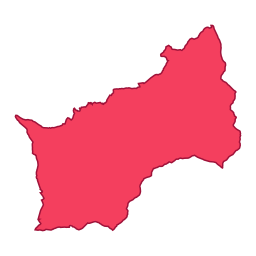 Dragoslavele, Arges, Romania
{"feature_id": "2599482B51563470344837", "entity_name": "Dragoslavele", "entity_type": "district", "adm_level": 2, "iso_a3": "ROU", "parent_name": "Romania", "parent_adm1": "Arges", "projection": "albers", "projection_center": [25.232, 45.358], "detail": "fine", "context": "isolated", "style": "filled", "palette": "rose", "viewbox_px": 256, "rotation_deg": 0, "n_neighbors": 0, "source": "geoboundaries", "source_scale": "gbopen_adm2", "svg_char_len": 5780}
<svg xmlns="http://www.w3.org/2000/svg" viewBox="0 0 256 256"><path d="M222.9,168.3L222.5,167.6L222.7,165.7L222.7,163.5L222.9,162.9L223.6,161.5L226.6,159.9L229.0,156.7L230.7,155.6L232.9,154.5L235.9,150.6L237.1,150.2L238.9,148.8L239.5,148.2L239.8,147.2L240.2,145.4L240.1,143.5L239.4,142.1L240.2,139.2L239.9,137.3L240.6,135.5L240.2,134.8L240.5,133.7L240.1,131.5L239.9,131.1L236.6,129.2L235.2,128.0L233.3,125.8L233.3,124.7L234.7,122.3L235.1,121.3L235.2,119.2L236.1,117.8L236.2,117.3L235.9,116.8L235.0,116.3L234.5,115.8L234.5,115.2L233.9,114.1L233.6,112.6L232.2,111.1L230.5,109.8L230.3,109.3L230.5,108.1L230.3,106.3L230.5,105.5L231.2,104.3L233.0,102.8L233.2,101.1L234.3,99.8L234.9,98.6L235.1,96.0L234.9,93.5L235.9,92.0L235.1,91.0L234.0,90.4L232.5,89.0L229.1,85.5L227.8,84.6L227.0,83.5L225.7,82.3L224.7,82.0L222.5,80.6L222.2,79.9L221.2,79.3L220.8,78.6L221.1,76.2L221.4,75.4L222.9,73.4L223.8,71.7L224.8,70.9L225.0,70.5L225.1,66.9L225.6,65.3L225.5,63.7L225.1,62.6L223.6,61.4L222.3,59.5L221.8,57.6L221.2,56.0L220.7,53.0L220.7,51.2L221.1,47.8L220.9,46.5L220.9,44.4L220.7,43.6L219.5,40.2L218.0,37.7L217.6,36.2L214.1,28.8L213.7,26.8L213.1,25.8L212.3,25.4L211.0,25.4L211.1,25.9L211.7,27.0L211.6,27.3L211.2,27.6L209.5,28.1L208.1,27.3L207.2,27.3L206.3,27.5L204.6,28.5L203.7,29.6L202.8,31.3L201.1,32.3L200.0,33.6L199.4,34.6L199.3,35.2L198.8,35.6L198.3,37.1L198.0,37.4L197.5,37.5L196.9,38.2L195.7,38.5L194.2,39.2L191.8,38.3L189.8,39.3L189.1,40.4L187.8,42.0L187.4,43.4L185.2,45.9L184.2,48.5L183.2,49.1L181.9,50.4L181.3,50.3L180.5,49.7L177.5,50.1L174.9,49.5L172.2,49.3L171.9,48.9L171.0,46.9L170.0,46.5L168.7,45.4L166.0,46.8L165.8,48.5L165.1,49.9L164.5,50.5L164.3,50.6L163.8,51.3L163.8,51.9L160.9,54.1L160.7,54.9L161.0,56.2L161.6,56.4L164.4,56.4L165.2,57.0L165.7,57.1L166.3,57.9L166.7,58.8L167.0,60.0L168.1,60.6L167.8,60.8L167.3,62.1L166.3,63.7L165.9,65.2L164.9,66.5L163.9,68.2L163.5,68.6L163.2,70.3L162.6,70.8L161.8,72.6L160.4,74.0L159.4,74.1L158.7,74.6L158.0,74.8L157.1,74.5L155.9,74.6L154.7,75.1L150.9,77.8L146.2,81.9L144.1,83.4L143.6,83.4L143.2,82.8L138.4,83.5L138.6,84.2L139.7,86.0L139.9,86.8L137.8,87.3L137.2,87.7L136.6,88.4L134.5,88.3L131.8,88.6L128.9,87.8L128.1,88.1L126.1,88.0L123.6,88.7L121.7,88.5L120.3,88.8L119.5,88.7L118.2,89.1L117.0,88.9L114.1,89.2L113.4,89.7L113.3,90.7L113.5,91.5L113.4,92.8L111.7,94.3L111.5,95.3L111.2,95.5L109.9,95.1L106.9,100.0L106.6,101.5L105.5,102.8L104.9,103.1L104.3,103.0L103.6,104.2L103.4,104.1L103.3,103.8L102.7,103.5L102.7,104.0L101.7,103.6L100.1,102.4L99.7,102.6L96.3,103.2L94.8,102.3L92.6,103.4L92.3,104.4L91.4,103.0L90.9,102.6L90.3,102.7L90.4,103.5L88.6,102.7L88.4,102.8L88.6,103.3L88.6,103.5L88.2,103.5L87.7,104.5L85.7,107.0L84.2,106.9L82.8,107.2L81.4,107.2L80.7,108.6L79.6,108.2L79.5,108.6L79.9,109.1L80.1,109.7L80.1,110.6L79.6,111.1L77.4,111.0L77.3,110.5L76.1,110.2L75.2,109.5L74.8,108.6L74.4,108.3L74.2,108.8L73.7,108.9L73.7,109.6L73.4,110.3L73.7,112.1L74.5,113.3L73.5,115.5L72.9,117.9L71.5,119.9L70.8,119.8L69.4,118.4L67.8,117.8L66.8,118.9L66.3,119.7L65.0,123.9L62.8,123.9L62.3,124.9L61.8,125.5L60.5,125.8L59.5,126.3L57.4,126.6L56.5,127.0L54.0,127.7L52.0,127.6L50.5,128.2L49.6,127.7L48.3,128.2L47.4,127.9L43.4,127.7L41.9,127.0L41.2,126.1L38.7,124.7L35.0,122.0L33.0,121.3L32.3,120.5L31.7,120.2L29.6,120.0L28.0,119.6L25.7,119.9L23.0,119.2L20.1,117.6L17.3,115.5L16.2,115.5L15.5,114.8L15.8,115.3L15.4,116.6L15.8,117.5L17.5,120.1L18.4,120.6L19.8,122.8L20.6,123.5L25.1,127.3L26.8,129.0L27.0,129.7L27.2,130.7L27.0,132.1L27.9,134.2L28.6,134.9L29.5,137.3L32.8,141.8L32.9,142.5L32.4,143.5L32.3,144.6L32.5,148.1L32.4,149.0L32.7,151.9L32.5,153.2L33.7,154.2L35.5,154.9L35.5,155.3L36.1,155.7L36.5,158.4L37.7,161.5L37.9,163.0L38.1,165.3L37.3,169.0L36.9,170.0L36.9,170.6L36.4,172.1L36.4,174.4L36.8,175.5L36.3,177.0L36.7,178.5L37.5,179.2L37.5,180.4L39.6,186.7L40.5,189.0L40.2,189.3L42.2,191.1L41.9,191.4L42.1,191.6L42.1,192.2L41.2,192.7L40.4,192.8L43.1,196.5L43.3,197.2L44.0,198.2L43.6,199.0L41.5,200.1L42.0,201.0L42.2,200.9L42.4,201.9L42.8,202.7L43.4,204.9L40.6,210.4L38.2,219.0L39.3,219.2L38.2,219.7L39.6,222.0L40.8,223.4L40.8,223.7L40.1,224.5L38.8,225.2L37.5,226.7L35.7,228.4L35.1,229.8L38.0,230.2L39.8,229.9L42.7,230.6L44.8,230.2L45.5,229.5L46.0,229.4L50.9,230.0L51.8,229.8L52.3,229.3L53.0,229.3L53.6,228.8L55.7,228.1L56.9,227.5L58.7,227.1L60.0,227.1L60.4,227.4L64.6,227.1L66.3,227.3L69.3,227.2L69.3,226.5L69.6,225.8L70.2,225.5L72.0,226.0L72.4,226.2L72.7,226.8L73.8,226.9L76.0,228.3L76.2,228.7L76.7,229.0L78.9,229.8L81.5,228.8L82.6,228.1L87.7,223.0L88.4,223.3L89.7,223.2L94.0,221.8L95.7,221.6L98.1,222.5L98.9,222.6L99.7,223.4L101.3,224.3L102.1,225.0L104.5,226.1L107.4,226.4L108.1,226.3L109.6,227.9L110.3,228.5L111.6,229.1L112.7,230.2L114.0,229.2L114.5,228.6L115.4,227.1L116.5,226.3L116.8,225.8L117.0,224.9L117.2,224.7L118.4,224.3L119.0,223.7L120.5,222.9L122.1,221.5L123.2,220.1L124.6,219.4L124.9,218.9L125.5,218.5L126.8,217.0L127.0,216.5L127.1,215.3L127.6,214.5L127.7,213.7L127.5,213.1L127.9,211.0L127.8,210.5L126.5,208.9L126.5,208.5L127.7,206.0L128.0,203.3L129.6,201.3L132.9,199.7L134.4,198.2L135.9,197.3L136.4,197.3L139.4,195.0L139.9,193.9L140.3,192.6L140.5,191.3L140.2,187.9L139.9,187.0L139.8,186.3L140.3,184.7L141.4,182.8L141.6,182.0L143.5,179.7L143.7,179.3L143.7,179.0L143.8,178.7L146.8,177.4L149.7,176.6L151.4,175.6L151.6,172.2L153.5,168.5L154.3,168.5L155.8,167.8L157.4,167.4L159.3,166.3L161.2,166.4L162.4,166.2L163.6,165.3L164.4,164.3L165.5,164.2L166.5,163.9L167.4,163.1L167.8,163.1L169.1,161.9L171.6,162.7L174.8,160.5L175.7,159.5L176.8,159.1L178.2,159.2L178.7,158.7L180.4,158.1L182.6,158.6L184.6,158.2L188.1,158.1L189.5,157.6L192.5,155.7L193.7,155.6L194.6,155.3L197.6,157.2L201.5,158.8L202.6,159.1L204.2,160.0L209.8,161.6L213.4,161.9L215.8,162.5L217.6,164.3L220.5,166.4L221.2,167.2L222.9,168.3Z" fill="#f43f5e" stroke="#9f1239" stroke-width="1.5"/></svg>